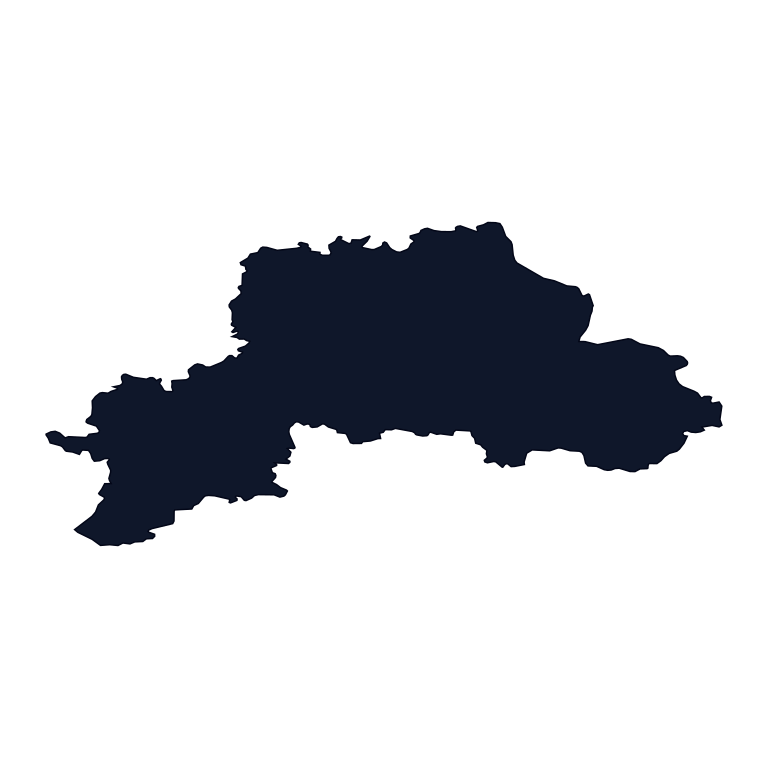 map outline of Mogilev (Equal Earth projection)
{"feature_id": "BLR-2340", "entity_name": "Mogilev", "entity_type": "Region", "adm_level": 1, "iso_a3": "BLR", "parent_name": "Belarus", "parent_adm1": "", "projection": "equal_earth", "projection_center": [29.938, 53.567], "detail": "fine", "context": "isolated", "style": "filled", "palette": "ink", "viewbox_px": 768, "rotation_deg": 0, "n_neighbors": 0, "source": "natural_earth", "source_scale": "10m", "svg_char_len": 6085}
<svg xmlns="http://www.w3.org/2000/svg" viewBox="0 0 768 768"><path d="M495.5,222.7L499.9,223.6L502.3,227.2L505.7,236.4L511.0,241.7L512.1,244.6L513.2,255.2L514.8,260.2L517.0,263.0L543.5,278.3L554.6,280.9L566.8,285.9L575.4,286.7L577.0,287.3L578.7,288.7L582.1,295.6L583.9,296.1L588.3,294.0L589.5,294.7L593.2,305.7L592.4,307.1L592.0,311.2L590.4,315.2L588.1,325.6L585.6,330.2L580.1,337.0L578.8,341.5L585.0,341.6L597.6,344.7L628.1,338.8L631.3,339.3L640.0,343.9L658.3,347.7L663.5,350.5L668.2,355.1L670.3,356.1L677.5,355.8L680.5,356.2L683.4,357.5L687.2,361.5L687.6,362.9L687.3,364.2L686.3,365.5L674.5,370.5L674.9,375.1L676.5,380.1L679.1,383.9L682.6,386.6L694.0,391.2L697.5,393.1L700.9,397.6L702.0,398.0L704.3,396.5L709.4,396.4L711.6,397.3L710.4,400.7L711.2,402.8L712.9,403.2L719.1,402.0L721.8,406.1L719.9,419.5L721.9,425.2L719.1,426.9L712.1,425.4L701.9,427.1L704.3,430.1L700.4,431.8L695.8,432.5L691.1,432.1L687.4,430.6L683.7,431.5L682.6,433.6L683.9,435.6L687.3,436.2L684.0,443.2L679.4,449.1L676.8,451.2L669.2,453.4L664.5,456.7L660.9,460.7L656.9,463.6L649.3,463.5L648.5,464.2L648.0,465.9L647.9,468.1L647.2,468.6L640.1,468.9L635.0,471.6L630.0,471.5L619.2,468.2L615.0,468.5L611.2,470.0L607.7,470.3L604.2,469.7L596.6,466.3L588.0,465.9L585.6,463.1L583.9,455.5L581.9,452.3L579.3,451.2L570.0,450.7L561.1,448.1L558.1,447.9L549.7,450.8L532.2,449.9L526.7,453.2L524.1,462.0L524.4,464.5L514.8,466.4L511.1,466.6L507.7,463.8L505.9,463.8L504.7,464.6L502.8,467.2L502.2,467.2L495.7,461.8L493.7,461.5L487.4,462.8L484.8,461.9L484.3,460.3L486.9,458.1L487.4,456.9L486.4,453.8L486.9,450.4L482.6,447.2L480.7,444.8L475.7,443.2L474.6,438.3L472.0,435.6L470.9,431.4L469.9,430.9L455.9,430.1L453.7,431.9L452.7,435.1L451.3,435.2L440.5,433.8L436.7,434.3L430.4,432.1L429.1,432.9L428.0,434.9L426.9,435.7L422.7,436.0L416.8,434.9L415.6,434.3L414.6,432.8L412.3,431.5L395.4,428.4L391.5,429.8L385.3,429.6L383.2,432.3L379.5,433.2L380.6,438.5L377.9,438.6L370.4,441.0L362.7,441.7L361.5,443.4L353.0,443.5L350.5,442.7L346.5,434.2L345.1,433.4L337.4,432.6L336.8,430.0L335.9,429.3L328.4,427.0L324.6,424.2L322.6,423.8L317.2,426.9L312.2,427.4L310.4,426.5L310.1,425.1L308.9,424.1L307.0,424.0L303.9,425.1L298.6,422.0L296.2,421.8L294.4,422.9L292.6,425.1L290.3,426.7L289.2,428.6L288.8,431.7L289.3,434.4L295.0,447.4L294.8,448.1L293.7,448.6L289.2,448.1L287.2,448.5L290.9,452.2L289.9,456.0L286.0,459.1L289.9,461.3L289.8,462.4L288.5,463.5L274.5,462.8L276.7,464.8L276.6,465.5L271.4,467.7L270.9,468.5L272.4,472.7L275.2,473.7L275.9,475.5L275.5,477.5L272.2,481.2L271.8,482.2L276.6,484.6L280.5,487.6L286.5,490.1L287.4,491.0L285.4,494.8L283.9,496.1L279.9,497.1L274.1,494.8L258.4,494.6L254.5,495.5L251.6,498.1L246.0,500.6L244.3,500.3L241.2,496.7L236.8,496.0L235.9,496.2L235.3,497.2L237.1,499.0L236.9,500.4L230.5,502.9L229.2,502.4L229.7,499.7L229.0,499.1L214.7,495.8L208.6,495.4L205.4,495.8L203.7,497.1L198.3,503.5L193.7,505.6L191.8,509.0L174.8,509.9L174.1,511.2L174.0,521.0L172.7,523.6L152.0,528.6L148.7,530.1L148.0,531.3L149.0,532.3L154.6,534.3L154.7,536.3L152.5,538.5L146.4,538.8L142.8,541.5L134.7,541.9L130.0,543.9L122.9,543.0L118.0,545.5L109.7,544.7L100.5,545.4L92.1,539.3L77.8,532.3L74.6,529.6L92.0,516.3L95.6,512.0L98.4,504.9L103.8,499.9L104.4,498.7L104.2,497.2L99.4,494.5L98.7,493.4L101.6,489.5L104.7,483.7L111.2,483.6L109.5,480.5L108.9,478.4L110.6,472.3L110.7,470.3L107.8,464.3L107.2,462.2L109.3,459.8L109.3,459.2L108.1,458.5L104.6,458.6L99.8,460.7L94.3,461.2L92.2,458.4L90.7,453.5L88.5,450.4L82.5,450.0L81.5,450.9L79.4,454.4L72.6,452.0L66.3,451.2L65.3,450.6L62.5,446.9L60.6,445.7L50.2,442.9L48.3,438.2L46.1,434.9L46.1,434.1L50.8,431.9L55.2,431.3L59.7,433.1L65.1,437.9L68.5,436.7L85.4,437.5L87.0,437.1L89.1,434.3L97.1,433.3L98.8,432.6L99.5,430.7L96.4,426.1L87.7,423.2L86.2,422.1L86.1,421.4L86.8,419.5L90.8,416.4L91.9,414.5L92.5,407.8L92.2,400.9L95.5,396.6L99.9,393.1L102.4,392.6L108.1,393.2L111.1,391.4L117.5,389.3L117.4,388.2L113.5,386.8L119.9,385.5L122.0,384.1L122.8,382.1L121.7,379.2L121.5,376.8L122.3,375.4L123.8,374.4L125.8,374.2L133.4,377.3L146.5,379.2L150.0,377.7L152.7,377.7L154.1,378.4L156.3,380.6L160.3,378.7L160.9,379.0L161.3,380.2L159.8,382.8L159.6,384.1L161.4,386.1L164.0,390.5L165.9,391.5L172.0,391.6L173.0,390.8L171.8,387.1L172.1,383.6L171.7,381.1L173.1,380.6L186.2,379.8L188.1,378.9L189.4,377.9L190.2,376.1L188.3,371.7L188.5,369.8L194.7,364.9L197.5,363.9L202.7,365.0L205.7,367.0L210.2,367.1L221.4,362.5L223.9,361.0L228.2,356.4L229.5,355.6L231.9,355.6L234.5,357.8L236.1,358.2L237.1,357.8L238.6,355.1L242.3,353.3L242.6,352.2L238.4,350.8L237.8,349.4L238.8,348.4L245.4,346.1L249.0,343.0L249.8,341.3L246.6,340.6L244.2,339.0L239.3,339.1L237.1,337.5L232.1,336.6L237.4,334.0L238.2,332.5L237.9,331.3L237.3,331.1L233.0,332.5L231.8,331.8L235.8,327.4L231.6,325.2L231.3,324.1L232.9,321.5L232.1,319.7L232.4,312.7L231.7,310.1L229.3,306.9L229.1,304.9L231.5,301.1L235.4,299.0L241.2,293.6L240.9,290.9L238.5,288.4L238.3,287.5L239.0,286.4L241.8,285.5L242.1,284.9L242.5,273.9L246.1,272.1L247.3,270.8L245.9,269.4L245.4,266.1L241.0,264.7L240.3,262.6L247.9,258.1L250.4,254.1L257.8,252.6L260.7,248.2L262.8,247.1L266.8,247.4L277.2,250.3L296.5,248.3L299.9,247.5L301.0,246.7L300.8,245.9L298.3,244.3L299.3,242.8L301.1,242.5L307.4,244.1L308.1,245.1L307.9,247.0L310.6,249.0L310.4,251.2L320.0,252.4L319.9,254.3L322.5,255.3L328.7,255.3L330.0,254.9L331.0,253.1L330.9,251.8L329.1,248.4L328.9,245.1L335.5,241.3L337.0,238.5L338.4,236.8L340.4,236.5L341.8,237.1L341.7,238.0L340.6,238.7L340.7,239.6L349.0,243.7L351.1,243.0L352.1,239.8L360.3,240.0L369.5,236.1L369.9,236.4L369.7,236.9L367.1,241.2L362.2,246.0L361.9,246.6L362.5,247.6L371.8,249.6L374.3,249.5L381.3,246.5L382.6,245.1L382.9,243.0L384.5,242.0L386.6,242.9L389.7,247.6L391.9,249.5L396.6,251.9L400.1,252.3L407.4,249.4L409.0,248.0L410.9,244.0L413.8,242.0L414.1,241.5L413.7,240.4L410.2,237.9L410.3,236.0L419.0,233.5L420.1,232.5L421.0,230.4L424.6,228.8L427.5,228.3L434.0,230.6L441.3,231.6L451.0,231.7L455.4,230.9L455.9,229.9L455.5,228.0L456.0,227.3L457.5,226.4L460.3,225.9L476.6,231.7L477.8,230.9L476.7,227.4L477.6,226.4L483.5,224.8L487.9,222.5L495.5,222.7Z" fill="#0f172a" stroke="#020617" stroke-width="1.5"/></svg>